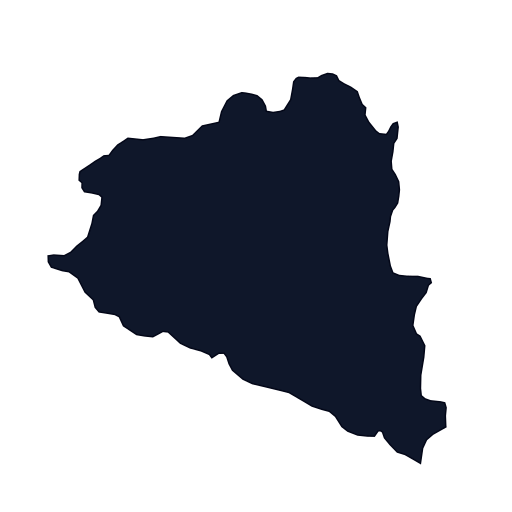 the Statistical Region of Prilep, rotated 6°
{"feature_id": "MKD-2903", "entity_name": "Prilep", "entity_type": "Statistical Region", "adm_level": 1, "iso_a3": "MKD", "parent_name": "North Macedonia", "parent_adm1": "", "projection": "natural_earth1", "projection_center": [21.673, 41.269], "detail": "fine", "context": "isolated", "style": "filled", "palette": "ink", "viewbox_px": 512, "rotation_deg": 6, "n_neighbors": 0, "source": "natural_earth", "source_scale": "10m", "svg_char_len": 2378}
<svg xmlns="http://www.w3.org/2000/svg" viewBox="0 0 512 512"><g transform="rotate(6 256 256)"><path d="M462.7,406.1L450.6,414.7L444.8,420.9L441.8,429.7L441.2,445.0L440.8,444.8L425.0,437.8L417.0,436.2L409.0,429.5L402.8,423.4L400.2,417.8L397.9,416.7L395.7,417.2L392.6,422.8L385.5,423.4L375.8,423.4L365.6,420.6L359.3,416.7L351.8,407.2L345.2,402.8L337.6,401.6L327.4,399.4L319.0,395.5L303.1,388.3L295.5,387.2L279.1,385.0L265.8,383.3L256.0,379.9L244.6,372.1L240.5,366.0L237.5,359.3L234.4,356.0L229.1,356.6L222.7,361.8L220.0,358.8L211.4,356.1L200.2,354.3L190.0,350.7L176.6,340.7L171.2,340.7L167.3,343.4L161.8,347.1L153.5,347.1L145.5,346.6L131.5,339.3L126.4,330.7L121.8,328.9L113.8,328.4L105.8,328.0L101.5,323.9L98.8,316.6L89.8,309.8L81.2,296.6L71.7,291.2L64.9,290.8L53.7,288.5L50.1,283.5L49.3,277.6L50.3,277.4L54.7,276.2L65.2,275.8L71.4,271.7L76.8,264.9L81.9,259.9L86.6,254.9L89.5,240.8L90.2,232.6L93.8,228.1L96.7,221.8L96.7,213.6L93.5,211.3L86.2,210.4L78.7,210.0L75.8,206.3L75.4,201.3L72.2,199.1L71.8,193.2L72.2,190.4L80.5,183.6L83.8,180.8L86.3,178.6L90.6,175.5L94.3,172.3L99.3,171.4L102.5,165.9L106.9,160.0L112.6,155.5L116.3,152.3L122.4,152.3L131.5,152.3L141.9,149.6L148.6,147.3L172.8,146.4L180.4,142.8L189.0,132.3L198.4,129.2L205.3,126.9L206.7,116.0L211.1,104.7L216.8,98.8L224.8,95.1L225.2,95.1L228.4,95.1L234.9,95.6L240.3,96.5L245.7,100.1L249.7,106.0L251.1,111.0L258.0,111.5L264.9,109.7L268.8,107.9L274.2,96.9L275.0,86.5L275.3,78.8L277.5,75.2L279.7,73.8L286.5,73.4L291.2,73.4L298.8,72.4L302.4,69.7L308.1,67.0L313.2,67.0L317.2,68.4L320.0,72.9L325.5,75.6L332.7,78.3L339.5,82.0L342.0,87.4L345.7,94.2L349.6,97.1L349.6,104.4L354.1,111.1L362.0,119.1L365.8,121.5L373.0,121.5L374.9,118.2L376.7,113.4L378.6,110.1L382.4,108.2L383.9,112.9L383.9,124.3L381.2,129.5L381.2,138.0L380.5,147.5L382.0,155.6L386.0,160.5L390.1,167.2L391.7,175.2L391.7,181.8L391.3,188.5L389.0,193.2L387.1,196.0L385.6,202.6L385.6,207.9L384.5,217.8L384.9,231.5L386.8,239.6L390.6,251.9L393.9,258.5L400.4,260.4L407.9,260.4L414.3,259.9L419.2,259.4L428.6,260.4L431.6,260.4L433.1,264.2L430.5,267.0L429.0,274.6L425.2,280.8L420.7,289.3L419.6,297.8L419.2,308.7L423.7,316.7L427.5,318.6L433.2,327.6L433.4,339.2L432.3,357.2L433.4,370.5L434.9,377.6L439.0,380.4L444.7,381.8L450.8,381.8L454.9,381.8L459.0,382.3L460.9,387.0L461.0,395.1L462.5,405.5L462.6,405.8L462.7,406.1Z" fill="#0f172a" stroke="#020617" stroke-width="1.5"/></g></svg>